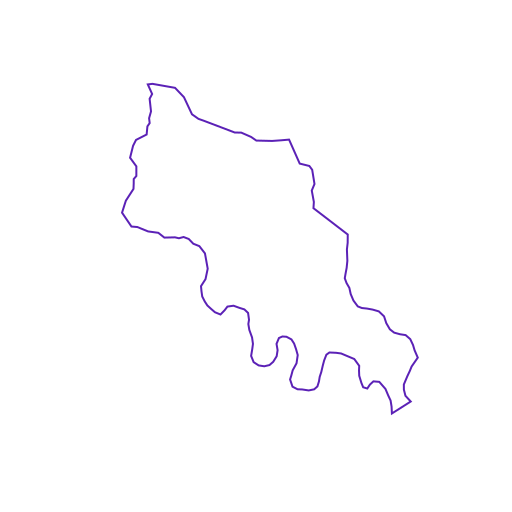 Dezesseis de Novembro, Rio Grande do Sul, Brazil, rotated 153°
{"feature_id": "56859067B97658409243233", "entity_name": "Dezesseis de Novembro", "entity_type": "district", "adm_level": 2, "iso_a3": "BRA", "parent_name": "Brazil", "parent_adm1": "Rio Grande do Sul", "projection": "equal_earth", "projection_center": [-55.077, -28.199], "detail": "fine", "context": "isolated", "style": "outline", "palette": "violet", "viewbox_px": 512, "rotation_deg": 153, "n_neighbors": 0, "source": "geoboundaries", "source_scale": "gbopen_adm2", "svg_char_len": 2055}
<svg xmlns="http://www.w3.org/2000/svg" viewBox="0 0 512 512"><g transform="rotate(153 256 256)"><path d="M314.2,220.0L308.6,221.9L304.4,223.9L298.6,221.9L294.3,217.3L290.6,213.7L288.9,208.9L291.2,202.3L293.7,198.9L295.5,193.2L296.5,185.2L298.6,179.1L301.5,174.9L305.7,169.2L306.3,162.5L303.3,157.3L298.7,154.0L293.5,152.7L288.7,153.9L283.1,157.3L279.5,162.3L277.6,168.4L272.8,172.5L269.0,172.3L265.5,170.2L262.3,165.6L261.8,160.7L262.6,154.8L263.8,148.8L268.6,142.0L275.2,137.5L278.7,133.6L281.7,130.5L282.8,123.0L279.5,118.4L275.4,116.1L270.1,112.3L264.7,110.8L260.5,111.9L256.9,115.6L254.1,119.4L250.5,123.0L246.2,128.1L242.7,132.0L238.1,136.1L234.4,136.7L228.6,133.4L224.4,130.5L220.7,126.1L215.2,119.6L213.9,111.3L216.2,107.2L218.4,102.4L219.7,95.1L220.1,90.4L217.0,87.4L212.9,89.7L208.3,91.0L203.3,87.9L201.0,78.8L201.5,71.8L201.7,66.1L203.6,60.2L206.4,54.0L184.2,56.1L186.3,63.6L184.9,69.8L182.6,74.4L175.6,80.3L171.2,83.7L167.5,86.9L158.0,92.0L157.5,100.0L156.5,105.4L156.3,111.9L158.6,117.6L163.2,120.9L167.7,125.0L170.0,129.9L170.4,137.0L169.3,144.1L171.7,150.9L176.4,155.3L181.0,158.8L185.3,161.6L188.2,164.9L189.4,172.1L188.9,179.1L187.3,185.2L187.6,190.8L187.0,195.9L184.0,199.9L180.6,204.3L176.8,210.2L173.9,216.5L172.0,220.6L168.3,226.2L164.5,233.5L183.1,272.5L179.9,277.9L176.6,289.0L171.2,293.6L166.8,307.3L167.6,312.0L175.1,318.5L173.7,344.7L180.9,347.6L189.4,351.2L203.3,358.7L206.3,364.3L213.1,372.6L218.9,375.7L241.1,400.2L245.0,404.3L248.7,411.3L248.1,430.2L251.8,442.6L270.1,456.4L274.5,458.0L275.0,447.5L279.4,444.4L283.9,432.5L288.7,427.3L290.4,422.7L293.9,420.8L298.3,413.9L310.2,413.9L315.5,410.0L323.6,400.7L321.9,390.2L326.3,381.6L330.0,380.1L332.0,376.2L334.7,371.4L346.8,364.4L350.0,361.2L355.7,355.4L353.6,338.8L348.6,335.7L341.0,326.9L332.5,321.0L329.3,314.0L319.7,309.4L316.6,306.8L311.9,305.8L308.2,301.7L306.3,295.4L302.0,290.5L300.3,281.5L304.8,266.6L311.5,258.3L318.7,254.1L320.6,249.3L322.3,244.3L322.3,238.7L321.8,234.0L320.0,229.2L318.1,224.5L314.2,220.0Z" fill="none" stroke="#5b21b6" stroke-width="2"/></g></svg>